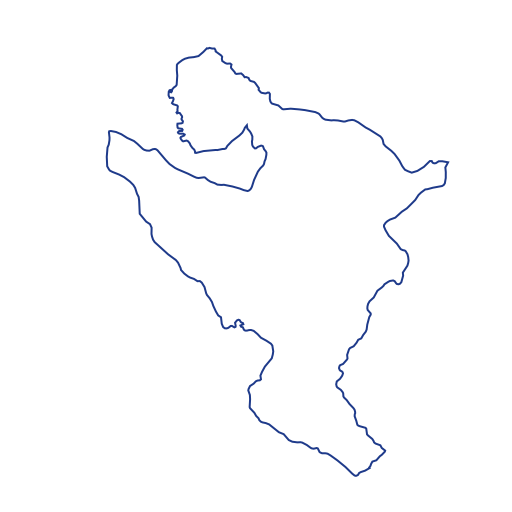 Maukatar, Cova Lima, East Timor (Albers equal-area conic projection), rotated 192°
{"feature_id": "22284137B61331736580364", "entity_name": "Maukatar", "entity_type": "district", "adm_level": 2, "iso_a3": "TLS", "parent_name": "East Timor", "parent_adm1": "Cova Lima", "projection": "albers", "projection_center": [125.234, -9.237], "detail": "fine", "context": "isolated", "style": "outline", "palette": "blue", "viewbox_px": 512, "rotation_deg": 192, "n_neighbors": 0, "source": "geoboundaries", "source_scale": "gbopen_adm2", "svg_char_len": 6096}
<svg xmlns="http://www.w3.org/2000/svg" viewBox="0 0 512 512"><g transform="rotate(192 256 256)"><path d="M110.7,258.0L109.5,258.7L108.4,260.6L108.0,267.4L108.9,270.3L105.9,278.0L105.7,280.6L105.8,283.2L106.9,286.6L108.2,289.2L110.6,291.8L111.7,292.3L113.8,292.3L115.9,292.8L120.8,297.4L130.2,303.3L134.6,308.1L136.9,311.3L137.2,312.8L136.1,315.5L134.7,317.4L132.5,319.5L127.7,322.5L122.6,329.6L118.3,334.0L111.9,343.9L109.7,349.5L107.8,352.3L104.3,356.3L102.2,357.0L97.1,359.6L88.6,363.1L87.2,364.4L86.4,366.3L86.6,371.7L87.8,377.5L89.2,382.0L87.6,387.6L93.6,387.4L96.9,386.7L99.4,384.2L100.9,383.7L102.1,383.8L103.0,384.3L103.8,385.4L105.7,385.0L110.3,378.1L115.8,372.8L121.0,369.9L124.9,370.5L128.2,371.3L130.1,372.9L131.8,374.5L135.6,379.1L141.7,384.6L145.5,387.0L152.0,390.2L154.5,392.1L156.1,395.8L157.3,397.3L159.2,398.8L171.0,403.2L175.5,404.5L183.7,408.0L188.0,409.2L190.3,409.1L193.8,407.8L197.0,406.0L198.4,405.7L204.0,405.6L208.2,405.0L210.5,404.3L216.5,403.8L218.5,404.3L220.1,405.1L223.5,407.9L224.6,408.4L227.9,409.1L238.3,408.9L244.1,408.4L252.7,407.3L259.6,405.2L260.8,405.2L265.4,407.9L272.0,408.4L273.2,409.2L274.1,410.2L275.2,412.6L276.1,417.4L277.3,418.5L278.7,418.2L279.6,417.4L280.8,416.9L284.3,416.8L285.4,417.1L288.0,419.1L288.1,420.8L292.8,425.1L294.2,425.9L297.9,426.1L299.2,427.0L300.3,428.6L302.9,429.0L304.3,428.5L306.1,430.2L308.4,431.5L313.1,430.0L314.2,430.3L315.2,431.5L319.3,434.6L319.8,435.6L319.8,438.2L321.3,438.9L324.3,438.1L326.0,438.3L329.5,439.7L330.4,441.7L330.5,443.8L331.7,444.9L338.0,447.7L338.2,448.7L339.7,450.3L342.1,449.8L344.8,449.9L346.2,448.9L347.2,449.0L349.9,444.7L353.8,439.6L358.2,437.6L362.9,436.1L366.5,434.2L368.8,432.3L371.5,429.2L372.7,427.6L373.1,426.4L372.1,421.4L370.5,416.0L369.2,406.9L369.8,405.5L371.5,403.6L372.6,401.4L372.5,399.6L373.0,398.5L373.8,398.6L374.1,399.5L373.9,400.7L375.0,400.2L375.5,398.6L375.0,395.2L374.5,394.3L373.2,392.7L371.0,393.4L369.9,393.5L369.2,392.4L369.4,390.2L370.0,388.1L368.9,387.4L368.0,387.2L364.5,386.9L363.6,386.2L363.3,382.6L362.8,381.4L363.6,379.8L362.8,379.1L361.9,379.8L360.3,380.0L357.4,377.3L357.1,376.2L357.4,375.0L357.2,374.1L355.5,372.6L355.5,371.0L356.4,370.3L360.3,369.1L360.2,367.7L359.4,365.3L358.5,364.7L354.8,365.0L354.0,364.2L354.2,363.0L357.1,362.3L358.1,360.8L357.5,360.0L356.4,359.7L352.8,360.5L351.0,360.0L351.2,359.0L354.2,356.8L354.5,355.8L353.8,354.8L352.0,353.3L351.1,353.0L347.9,354.5L346.3,354.1L344.2,352.4L343.0,350.6L340.7,348.5L338.5,347.2L337.2,345.3L337.1,344.4L336.1,344.3L329.2,347.7L317.6,351.3L315.8,351.6L311.0,353.7L309.0,354.2L307.8,355.0L306.9,357.8L304.7,361.3L303.4,363.4L297.3,370.4L295.0,373.8L293.9,377.2L293.6,379.1L292.1,382.0L291.0,378.9L287.8,376.5L286.2,374.8L284.4,372.2L283.8,369.0L283.8,367.3L282.8,363.9L281.8,362.5L279.5,361.0L278.4,361.3L276.9,363.1L274.2,364.9L273.3,365.1L272.0,364.8L270.3,362.1L268.3,360.5L267.3,359.3L266.9,357.1L266.8,352.8L267.3,350.4L267.3,347.7L267.8,346.0L270.0,342.7L271.7,338.9L273.7,330.0L274.4,322.9L274.9,321.0L275.5,319.8L276.6,318.5L277.7,317.8L281.7,317.9L285.9,318.6L293.6,319.1L302.2,319.0L304.6,318.3L308.6,317.8L311.6,318.7L315.9,319.2L318.9,320.3L322.1,322.1L323.1,322.2L328.5,320.3L330.5,320.2L333.1,320.7L339.7,322.4L350.5,324.5L353.5,325.3L359.7,328.0L364.1,331.0L374.3,338.9L375.9,339.6L377.1,339.7L379.1,339.0L382.0,336.9L384.7,336.4L387.3,336.6L389.0,337.2L395.4,341.1L399.3,343.1L406.5,344.7L413.0,347.1L418.7,348.2L423.9,348.1L425.5,347.5L425.6,346.5L423.9,341.4L423.4,338.7L423.2,334.3L423.8,331.3L422.6,322.0L420.2,312.8L417.7,310.0L416.5,309.1L413.9,308.4L406.8,307.2L401.4,305.7L394.8,302.6L390.8,300.0L388.4,297.5L385.3,292.1L383.1,289.4L381.8,285.8L378.5,273.1L370.6,266.8L366.3,265.1L364.0,262.0L362.8,255.8L361.8,253.5L360.1,250.6L358.0,248.5L342.4,239.4L333.4,235.3L330.8,233.2L327.3,228.6L326.4,226.7L322.5,223.9L318.3,221.9L315.9,221.2L311.9,220.7L308.0,219.2L305.7,219.8L303.5,218.7L299.9,214.9L297.0,209.2L295.9,207.7L292.5,205.0L289.5,201.8L287.3,198.2L283.7,193.4L280.6,190.0L277.5,188.8L275.4,182.6L273.4,179.7L271.5,178.8L269.6,179.1L268.1,180.0L266.2,182.3L265.0,182.6L262.3,181.7L261.3,182.4L261.3,183.3L262.6,186.4L261.2,189.1L259.9,190.0L258.7,189.9L257.3,188.4L256.4,187.9L254.9,187.7L254.2,186.6L256.8,184.8L256.0,183.8L254.0,183.5L252.6,181.5L251.8,181.0L250.9,180.8L249.4,181.1L247.4,182.1L245.5,182.6L242.7,182.3L238.2,179.9L234.2,177.1L228.2,175.3L223.1,173.3L221.4,171.8L219.3,166.3L219.1,163.0L219.3,159.2L224.3,149.7L226.0,144.0L226.8,139.9L225.5,136.4L226.4,135.2L228.6,134.5L230.1,133.4L231.8,130.6L234.8,127.6L235.6,124.4L235.6,122.9L233.1,118.8L232.0,114.7L230.8,106.9L230.2,105.9L225.0,102.3L222.6,99.6L219.8,97.8L218.6,96.1L216.7,94.9L215.0,94.6L211.7,94.6L208.1,94.0L197.0,88.4L191.9,87.5L185.7,82.8L181.9,81.9L176.8,82.3L173.8,83.1L172.0,83.1L167.0,81.7L162.6,79.7L161.3,79.4L159.5,79.5L156.7,80.8L155.5,80.6L153.1,77.5L152.1,77.1L150.4,76.8L146.8,77.5L144.8,77.5L141.6,76.4L133.9,73.0L124.6,68.2L116.6,63.1L114.0,61.8L112.8,61.7L112.0,62.0L110.7,63.1L110.0,65.2L108.6,66.4L104.7,68.7L100.8,72.2L101.3,72.6L100.4,74.5L100.2,76.5L99.4,79.1L95.8,81.2L93.2,85.9L91.6,87.7L89.3,91.4L89.2,92.5L93.1,94.4L95.0,96.7L100.1,97.4L101.7,98.2L102.7,99.7L104.2,101.2L109.2,103.8L110.3,104.6L112.3,110.1L113.2,110.7L119.3,111.1L120.8,111.4L121.8,112.0L123.6,115.6L126.2,119.8L126.5,121.8L126.3,122.9L126.7,124.3L127.7,126.2L129.1,127.5L133.8,130.7L137.3,133.9L140.5,135.9L141.3,136.8L142.2,139.9L143.0,140.9L145.2,142.7L149.2,144.4L150.0,145.2L150.9,147.2L150.9,150.1L148.3,153.3L146.8,156.8L146.5,159.2L147.1,160.3L148.1,161.0L149.7,161.4L150.5,162.0L151.5,163.6L151.5,164.9L151.4,165.8L151.0,166.7L148.4,168.5L145.4,173.8L145.2,174.8L146.3,178.2L145.6,184.1L144.8,185.6L141.7,188.0L139.6,192.1L138.6,195.3L135.9,197.3L134.7,201.1L132.9,204.8L132.5,207.1L132.9,212.1L132.5,219.8L131.6,222.5L131.9,223.7L135.5,226.4L136.2,227.9L136.5,230.0L136.4,232.5L135.5,235.3L132.2,239.9L130.0,247.3L126.4,251.4L125.1,253.3L124.5,255.0L121.3,258.2L120.0,259.3L116.8,260.6L115.1,260.2L113.2,258.4L112.3,257.9L110.7,258.0Z" fill="none" stroke="#1e3a8a" stroke-width="2"/></g></svg>